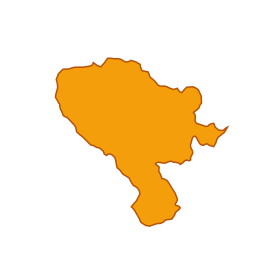 Xiangkhoang, Mercator projection, rotated 34°
{"feature_id": "LAO-3286", "entity_name": "Xiangkhoang", "entity_type": "Province", "adm_level": 1, "iso_a3": "LAO", "parent_name": "Laos", "parent_adm1": "", "projection": "mercator", "projection_center": [103.697, 19.42], "detail": "fine", "context": "isolated", "style": "filled", "palette": "amber", "viewbox_px": 256, "rotation_deg": 34, "n_neighbors": 0, "source": "natural_earth", "source_scale": "10m", "svg_char_len": 2385}
<svg xmlns="http://www.w3.org/2000/svg" viewBox="0 0 256 256"><g transform="rotate(34 128 128)"><path d="M209.4,95.6L204.8,96.9L202.4,96.9L201.9,97.5L201.1,98.3L200.3,100.0L199.4,100.7L197.2,101.1L195.1,100.4L189.8,97.6L188.5,97.3L187.5,97.7L186.9,99.5L187.2,101.0L189.3,107.1L190.6,108.8L194.0,110.8L195.3,111.9L196.0,113.8L196.1,115.8L196.5,117.7L197.8,119.3L197.3,120.7L196.4,121.2L195.2,121.5L194.1,122.2L193.4,123.4L192.9,126.1L192.5,127.3L191.7,128.9L191.6,129.0L191.3,128.5L189.7,128.7L187.0,129.7L184.5,131.0L182.2,131.5L180.9,132.7L178.7,136.0L177.1,137.3L173.1,139.0L171.6,140.1L170.7,142.2L171.8,142.7L173.8,142.6L175.6,142.9L177.1,145.6L177.6,146.5L178.4,147.0L181.2,148.5L184.4,150.9L184.5,150.9L186.9,149.9L189.2,149.7L191.5,150.3L203.7,155.8L208.1,158.9L209.2,160.0L209.6,162.3L209.6,164.4L210.6,165.4L213.8,164.4L216.0,165.0L215.8,167.2L214.7,170.9L215.3,174.9L215.3,178.9L213.0,181.1L210.6,183.1L209.9,186.2L208.4,188.8L205.6,191.0L203.3,193.8L200.8,197.3L197.2,198.8L194.3,199.0L191.5,199.0L189.9,198.2L188.5,197.0L178.8,192.3L174.8,191.4L175.7,183.6L174.8,176.0L172.1,173.5L168.6,172.3L164.5,172.6L161.1,171.2L156.7,168.8L149.6,169.1L144.8,167.4L141.4,167.1L138.7,164.7L136.2,161.9L133.3,159.7L129.9,159.2L128.0,159.5L126.3,160.3L125.5,162.8L122.8,162.8L120.5,161.0L118.1,160.8L115.7,160.4L112.7,161.7L108.8,161.9L107.7,162.5L106.3,162.9L95.4,160.7L91.4,160.5L87.5,159.8L84.2,156.6L81.9,155.6L72.5,153.4L70.4,153.6L68.6,154.0L66.9,153.6L64.3,151.6L61.2,150.0L57.8,146.3L56.4,146.0L54.6,144.9L50.8,143.2L49.4,140.5L47.1,133.8L44.5,130.6L41.4,127.9L40.0,121.9L41.2,115.7L46.2,111.9L48.0,109.4L50.1,107.2L56.7,102.7L61.7,98.1L63.2,96.0L62.7,93.2L67.2,93.4L71.2,92.6L72.0,87.1L72.1,81.6L75.1,79.6L78.4,78.0L80.8,76.2L83.5,75.1L89.0,74.7L91.2,72.9L92.6,70.3L97.4,68.8L102.5,68.5L104.8,70.9L107.7,72.6L113.1,70.3L115.5,71.7L117.9,73.5L123.4,74.0L129.1,75.7L132.0,75.0L134.4,73.0L137.4,72.0L140.5,71.6L144.2,70.6L146.7,67.5L149.9,69.0L152.9,68.6L153.1,65.2L153.9,61.3L159.0,57.4L161.8,57.0L164.9,57.0L170.8,60.6L175.0,66.2L174.9,69.0L175.6,71.8L174.7,75.2L173.6,78.4L176.5,79.8L177.4,80.8L179.5,84.5L180.6,85.2L182.1,85.8L191.6,83.2L193.1,81.9L193.6,79.6L194.8,77.7L196.5,76.2L200.0,78.6L204.2,79.0L206.5,78.0L208.5,76.3L208.9,73.8L210.0,71.8L210.4,77.4L207.9,85.3L208.2,88.1L209.2,91.6L209.4,95.6L209.4,95.6Z" fill="#f59e0b" stroke="#b45309" stroke-width="1.5"/></g></svg>